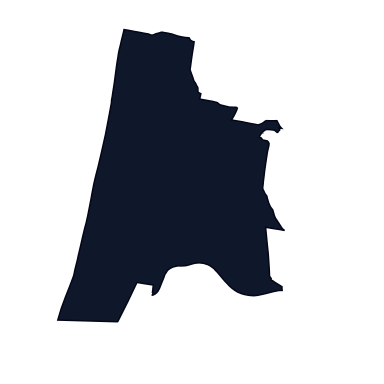 Amuwo Odofin, Lagos, Nigeria (Natural Earth projection), rotated 101°
{"feature_id": "59680162B96890005302109", "entity_name": "Amuwo Odofin", "entity_type": "district", "adm_level": 2, "iso_a3": "NGA", "parent_name": "Nigeria", "parent_adm1": "Lagos", "projection": "natural_earth1", "projection_center": [3.271, 6.447], "detail": "fine", "context": "isolated", "style": "filled", "palette": "ink", "viewbox_px": 384, "rotation_deg": 101, "n_neighbors": 0, "source": "geoboundaries", "source_scale": "gbopen_adm2", "svg_char_len": 3916}
<svg xmlns="http://www.w3.org/2000/svg" viewBox="0 0 384 384"><g transform="rotate(101 192 192)"><path d="M300.8,210.9L299.5,209.1L297.8,207.6L296.3,206.7L295.9,206.5L292.7,205.5L289.3,204.9L285.7,204.2L283.7,203.8L281.8,203.4L280.8,203.3L280.5,203.2L280.2,203.3L280.2,203.2L278.2,202.9L276.6,202.2L273.5,201.0L271.1,198.8L269.4,196.6L268.5,194.8L267.2,191.8L267.1,190.9L266.6,188.5L265.9,185.4L265.2,183.3L264.1,181.1L262.7,178.4L261.9,176.7L261.3,175.4L261.0,174.5L260.1,171.1L259.9,168.4L259.8,166.8L260.0,165.0L260.2,163.6L260.2,163.4L260.2,162.9L260.7,161.1L261.2,159.7L262.2,157.5L263.1,155.7L264.4,154.1L265.2,152.9L265.8,152.0L273.5,142.4L275.2,139.9L277.0,137.5L278.6,134.8L280.2,131.6L281.5,128.2L282.4,123.7L282.6,121.2L282.6,116.8L282.5,115.6L282.3,113.7L282.0,111.5L282.0,111.4L280.9,107.9L279.2,103.8L277.6,100.2L275.7,96.2L274.0,92.6L273.3,90.8L273.1,90.4L272.2,88.2L271.4,84.7L270.2,85.1L268.9,85.4L267.8,85.6L266.9,88.0L265.9,90.7L264.7,93.8L263.7,95.9L263.6,96.3L263.5,97.7L263.3,97.8L262.2,97.7L261.9,97.7L261.3,98.3L260.0,99.7L259.6,99.9L255.6,100.8L248.6,102.6L238.0,105.4L234.1,106.6L230.2,107.8L216.0,112.0L212.6,113.0L212.5,109.7L212.4,105.6L212.1,98.7L212.1,93.8L211.0,95.9L209.7,97.4L206.4,100.5L201.6,105.2L199.9,106.4L199.1,106.8L198.8,107.3L198.6,107.1L197.7,107.5L196.6,108.1L194.2,109.3L193.4,110.2L192.8,110.8L192.1,111.7L191.6,112.1L190.8,112.8L188.0,114.7L184.7,116.4L183.3,117.1L181.8,117.7L180.5,119.1L179.7,120.0L178.2,121.1L177.5,121.6L176.8,122.1L176.6,122.4L174.6,123.4L172.8,123.5L170.5,123.7L167.5,124.0L163.0,124.3L160.3,124.5L159.4,124.6L152.6,125.0L143.7,125.4L137.7,125.6L132.7,125.4L131.8,125.8L131.7,125.4L129.7,125.6L128.2,126.8L127.5,127.8L127.4,130.7L127.6,131.8L126.9,133.2L126.0,134.0L125.6,134.6L125.4,136.1L125.2,136.3L124.2,136.4L122.4,135.5L120.7,135.0L120.5,134.6L120.4,134.0L119.9,134.2L119.1,133.9L118.3,133.0L116.7,131.5L116.7,131.4L116.2,129.5L115.9,127.1L115.6,123.2L115.7,122.7L117.3,119.8L117.0,119.1L116.1,119.0L115.2,118.2L114.3,117.7L113.4,118.1L112.6,118.7L112.4,116.1L111.1,117.9L109.5,119.3L107.1,121.2L105.9,122.1L105.8,122.3L106.4,125.1L107.2,129.2L107.7,132.3L107.9,132.9L108.8,134.0L110.2,135.1L111.7,136.8L113.5,139.8L113.5,143.0L113.6,148.0L113.5,156.6L113.7,164.1L113.7,166.9L113.7,167.0L109.6,165.5L105.9,164.4L102.8,163.7L101.0,163.5L100.5,164.4L100.5,164.6L100.4,165.0L100.5,165.1L100.7,166.5L100.8,166.6L101.3,170.2L101.6,172.0L101.4,173.4L101.3,176.5L101.1,179.6L101.2,180.0L100.9,181.4L100.3,182.6L99.5,184.1L99.4,184.2L99.1,189.4L99.2,192.8L99.2,195.5L99.3,199.4L99.2,202.2L96.1,202.1L93.8,202.1L93.3,204.1L93.0,204.7L92.1,205.4L91.6,205.6L90.4,205.7L88.7,206.1L87.5,206.9L86.8,207.7L85.6,208.5L84.4,209.4L83.0,211.0L81.9,211.7L79.5,213.0L76.5,214.8L72.8,217.0L72.1,217.3L68.8,217.4L64.2,217.7L56.4,218.1L47.0,218.4L44.1,218.6L44.1,220.0L43.7,221.3L43.2,222.5L42.0,223.6L41.2,224.2L41.6,228.0L41.7,232.1L41.6,235.7L41.2,238.9L40.8,241.6L40.7,246.2L40.8,249.5L40.8,251.4L41.0,252.6L42.3,254.9L43.0,256.5L43.9,258.2L44.6,259.1L45.4,260.4L45.7,261.8L45.6,263.3L45.4,264.0L45.2,264.5L45.3,269.4L45.3,275.6L45.4,278.3L45.4,285.7L45.5,289.7L49.1,289.8L53.1,290.0L57.2,290.2L61.2,290.3L66.6,290.6L70.0,290.6L74.4,290.4L78.4,290.3L82.9,290.1L87.8,289.8L92.9,289.5L99.3,289.1L104.1,288.9L109.9,288.7L113.5,288.5L117.2,288.5L119.9,288.1L130.4,288.0L152.0,287.9L172.4,288.5L185.5,289.0L193.1,289.5L197.5,289.7L202.8,289.9L207.5,289.9L212.5,289.9L216.2,289.8L223.5,289.8L228.4,289.8L231.9,289.8L235.1,289.8L238.8,289.9L242.4,290.0L248.0,290.4L257.0,290.8L266.6,291.1L276.4,291.5L279.6,291.5L290.9,292.1L294.8,292.1L296.9,292.2L301.2,292.9L308.7,294.2L318.9,296.1L331.1,298.1L343.3,299.3L333.6,240.5L333.2,240.1L311.1,233.9L291.3,228.8L291.0,219.4L290.7,212.4L291.2,212.2L296.0,211.8L296.2,211.4L296.7,211.8L298.1,211.7L298.6,210.8L299.7,211.1L300.3,211.3L300.7,211.4L300.8,210.9Z" fill="#0f172a" stroke="#020617" stroke-width="1.5"/></g></svg>